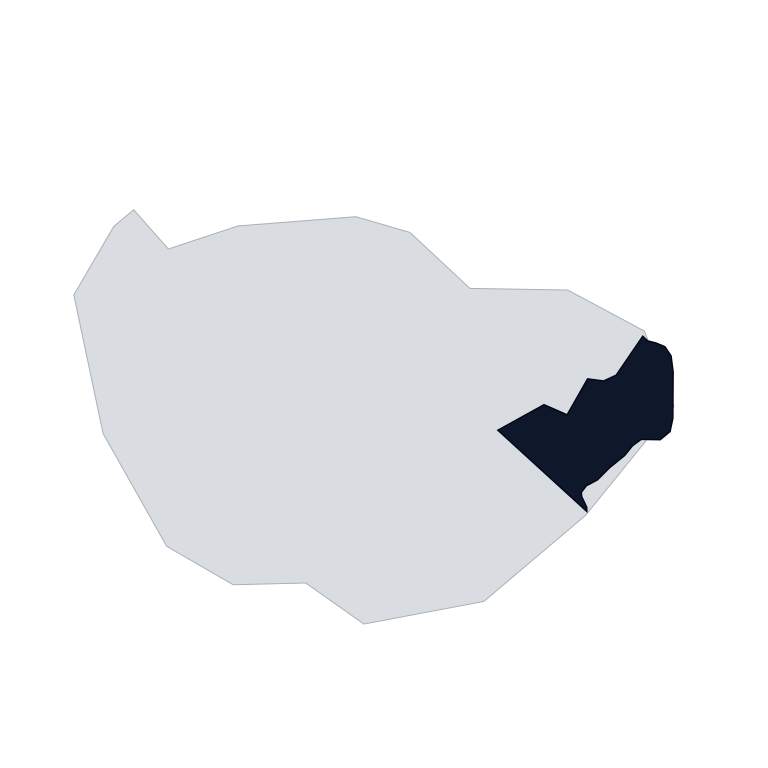 where Rivière du Rempart sits in Mauritius, rotated 74°
{"feature_id": "MUS-5192", "entity_name": "Rivière du Rempart", "entity_type": "District", "adm_level": 1, "iso_a3": "MUS", "parent_name": "Mauritius", "parent_adm1": "", "projection": "mercator", "projection_center": [57.653, -20.067], "detail": "fine", "context": "in_parent", "style": "filled", "palette": "ink", "viewbox_px": 768, "rotation_deg": 74, "n_neighbors": 0, "source": "natural_earth", "source_scale": "10m", "svg_char_len": 772}
<svg xmlns="http://www.w3.org/2000/svg" viewBox="0 0 768 768"><g transform="rotate(74 384 384)"><path d="M480.2,637.6L354.0,667.7L212.9,657.6L158.1,600.4L147.5,576.6L194.8,554.1L191.8,480.8L215.4,365.0L245.5,317.3L315.8,275.0L344.3,181.5L404.9,119.1L485.4,111.4L565.9,226.6L620.5,347.9L609.2,469.5L553.7,514.1L535.4,584.3L480.2,637.6Z" fill="#d9dde1" stroke="#a8b0b8" stroke-width="1"/><path d="M409.4,122.1L415.2,118.7L419.6,111.2L425.6,103.7L436.1,100.3L451.9,102.7L496.6,115.8L508.5,122.1L513.7,133.8L508.1,152.1L511.9,162.2L519.0,172.3L526.6,190.1L535.0,205.3L537.6,217.6L542.6,224.2L546.7,225.0L558.5,223.1L562.4,224.2L459.8,287.3L448.0,235.9L464.1,216.5L435.2,186.9L441.6,172.1L439.5,158.4L409.4,122.1Z" fill="#0f172a" stroke="#020617" stroke-width="1.5"/></g></svg>